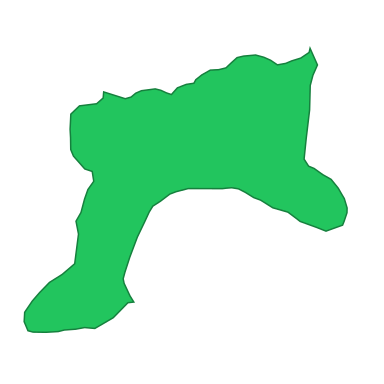 the district of Sosso-Nakombo, Mambéré-Kadéï, Central African Republic, rotated 95°
{"feature_id": "33826404B83457658124611", "entity_name": "Sosso-Nakombo", "entity_type": "district", "adm_level": 2, "iso_a3": "CAF", "parent_name": "Central African Republic", "parent_adm1": "Mambéré-Kadéï", "projection": "orthographic", "projection_center": [15.586, 3.907], "detail": "fine", "context": "isolated", "style": "filled", "palette": "green", "viewbox_px": 384, "rotation_deg": 95, "n_neighbors": 0, "source": "geoboundaries", "source_scale": "gbopen_adm2", "svg_char_len": 1423}
<svg xmlns="http://www.w3.org/2000/svg" viewBox="0 0 384 384"><g transform="rotate(95 192 192)"><path d="M306.7,240.4L300.8,244.8L288.9,251.7L284.4,253.0L277.6,251.8L262.4,248.3L241.6,242.5L225.7,236.5L215.7,232.9L209.5,229.8L203.9,222.6L196.0,213.9L193.1,207.9L188.9,196.1L186.0,161.9L185.2,158.2L184.3,152.8L184.8,146.0L187.7,138.9L192.2,130.0L194.1,123.0L200.7,110.1L203.7,94.7L209.1,86.0L211.9,81.7L216.4,64.8L219.3,55.1L215.9,47.8L211.9,39.1L207.9,37.9L199.2,35.8L194.4,36.1L185.3,39.7L181.4,42.5L175.4,46.7L167.3,54.5L163.3,63.3L157.9,72.4L156.1,78.1L149.5,83.2L128.7,82.9L100.1,82.0L75.6,83.5L65.1,81.7L54.5,78.1L38.6,86.9L42.8,87.5L49.1,95.3L52.7,104.1L55.7,109.8L57.9,118.0L53.9,125.2L51.5,132.2L50.0,140.6L52.1,152.4L54.2,158.8L60.0,164.2L65.4,169.0L67.8,176.0L69.0,184.4L74.4,192.3L79.8,198.0L83.5,199.6L85.3,207.1L89.5,215.6L96.7,221.0L95.5,226.1L93.4,231.9L92.5,237.6L95.5,251.2L98.5,256.7L102.7,260.9L104.9,266.6L100.0,288.7L106.1,288.7L112.4,294.7L116.0,311.6L125.0,319.5L132.0,319.2L140.1,318.9L148.6,317.7L160.3,316.5L166.6,313.2L178.4,300.8L180.2,293.2L189.9,290.8L198.6,295.9L208.3,298.4L222.1,300.8L231.2,305.0L243.8,301.4L273.7,302.6L285.4,314.1L294.5,326.1L305.3,334.9L314.4,341.5L326.4,348.2L335.8,347.9L344.5,343.3L345.4,338.2L344.5,325.5L342.7,313.1L340.6,307.1L338.8,295.9L336.4,287.2L336.4,276.9L324.1,259.5L307.9,246.2L306.7,240.4Z" fill="#22c55e" stroke="#15803d" stroke-width="1.5"/></g></svg>